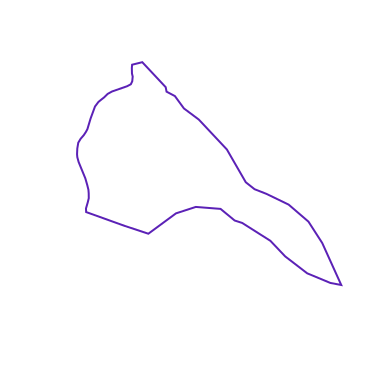 Panajachel, Sololá, Guatemala, rotated 69°
{"feature_id": "79465075B15499572594181", "entity_name": "Panajachel", "entity_type": "district", "adm_level": 2, "iso_a3": "GTM", "parent_name": "Guatemala", "parent_adm1": "Sololá", "projection": "albers", "projection_center": [-91.15, 14.749], "detail": "fine", "context": "isolated", "style": "outline", "palette": "violet", "viewbox_px": 384, "rotation_deg": 69, "n_neighbors": 0, "source": "geoboundaries", "source_scale": "gbopen_adm2", "svg_char_len": 825}
<svg xmlns="http://www.w3.org/2000/svg" viewBox="0 0 384 384"><g transform="rotate(69 192 192)"><path d="M220.4,123.2L211.8,132.6L202.2,138.3L164.8,144.2L126.8,159.7L111.1,169.6L96.3,173.6L89.2,179.8L84.7,179.0L53.0,191.9L51.7,202.3L54.6,203.7L59.9,205.6L63.0,206.0L67.2,208.1L69.5,210.5L70.0,214.7L69.5,230.6L70.2,235.6L72.2,240.2L73.3,243.8L74.4,247.1L77.4,251.9L87.0,260.3L95.8,267.1L97.8,269.4L100.1,272.6L102.4,276.9L105.2,280.5L110.3,283.5L115.6,285.8L118.4,286.6L123.4,287.1L141.1,286.7L148.0,287.3L152.8,287.9L156.2,288.9L160.8,290.6L164.4,293.1L169.4,296.9L172.8,298.0L199.6,266.9L215.3,247.7L206.2,214.6L207.3,193.8L218.0,171.4L233.9,162.4L238.9,156.2L265.7,136.3L285.5,128.1L309.2,113.6L326.5,95.4L332.3,86.0L286.3,88.7L261.4,93.9L238.4,106.3L220.4,123.2Z" fill="none" stroke="#5b21b6" stroke-width="2"/></g></svg>